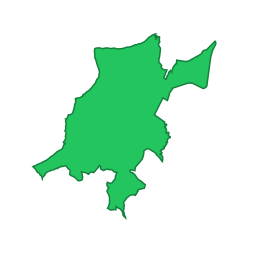 outline of Puerto Colombia, Atlántico, Colombia, rotated 351°
{"feature_id": "7082276B53697702098906", "entity_name": "Puerto Colombia", "entity_type": "district", "adm_level": 2, "iso_a3": "COL", "parent_name": "Colombia", "parent_adm1": "Atlántico", "projection": "equal_earth", "projection_center": [-74.901, 10.997], "detail": "fine", "context": "isolated", "style": "filled", "palette": "green", "viewbox_px": 256, "rotation_deg": 351, "n_neighbors": 0, "source": "geoboundaries", "source_scale": "gbopen_adm2", "svg_char_len": 5774}
<svg xmlns="http://www.w3.org/2000/svg" viewBox="0 0 256 256"><g transform="rotate(351 128 128)"><path d="M168.5,39.6L166.4,40.2L163.3,41.5L158.6,44.9L156.7,45.8L153.6,46.6L152.1,46.7L151.0,46.6L149.4,47.2L147.7,47.0L143.0,48.3L140.1,48.0L138.2,48.1L137.2,48.4L135.4,48.6L131.7,48.5L129.9,48.2L126.9,46.9L123.7,46.9L119.3,45.5L114.9,45.6L114.0,45.1L113.2,44.9L112.7,44.4L109.1,44.1L107.8,44.4L107.0,45.8L107.0,46.9L106.8,47.5L106.6,50.7L106.3,53.7L106.4,54.4L106.8,55.1L107.4,60.3L108.3,64.6L108.6,67.7L108.5,69.1L107.8,70.3L107.4,72.2L107.1,73.2L106.8,73.6L105.4,74.7L104.6,75.5L103.9,76.6L102.8,78.6L100.1,80.8L98.7,82.3L95.0,85.0L93.0,85.8L91.1,87.1L88.6,88.2L88.5,88.8L88.7,89.1L86.3,90.2L83.8,90.7L82.8,90.4L81.9,90.4L80.6,90.9L80.5,91.3L80.8,91.6L80.5,92.5L80.8,92.8L80.8,93.4L79.8,95.3L79.2,96.1L78.8,97.1L78.6,98.3L75.8,104.4L75.0,105.1L72.8,106.0L71.3,105.6L70.9,106.0L70.5,107.2L69.3,108.7L68.2,109.9L67.7,109.6L67.8,110.1L67.4,111.8L67.6,112.6L67.4,113.2L67.6,113.9L67.6,114.5L66.8,116.4L66.6,116.6L66.6,118.2L66.3,119.3L65.3,120.8L65.4,121.6L66.0,122.2L66.2,122.6L66.1,123.4L65.8,124.5L65.1,125.7L64.8,126.9L65.0,127.1L65.0,127.5L64.7,128.7L63.3,130.8L62.1,131.7L61.9,132.0L62.3,132.9L63.5,133.3L63.5,133.7L62.1,134.5L60.0,137.9L59.5,138.5L54.3,140.3L49.6,143.4L47.0,144.4L46.1,145.1L42.7,147.0L39.5,147.9L36.3,149.1L33.0,149.8L31.3,150.5L28.0,151.2L30.3,154.3L31.3,157.1L32.0,158.0L33.0,158.3L33.4,159.0L33.6,160.1L34.0,160.9L34.6,161.3L35.3,162.6L35.4,163.0L35.3,164.2L35.4,164.7L35.6,164.2L35.7,163.5L38.2,161.8L39.7,159.7L41.7,158.7L43.7,158.1L44.8,158.2L46.0,157.6L48.3,157.6L50.1,156.8L50.8,156.9L51.7,156.4L51.9,156.9L55.0,155.8L55.6,155.5L56.5,155.8L60.7,155.5L62.9,159.4L63.6,159.6L64.0,160.3L64.1,161.0L64.0,162.0L63.1,164.8L63.9,165.8L66.6,167.6L68.5,169.2L69.4,170.8L70.8,172.4L73.4,172.4L74.3,172.1L74.8,171.5L75.4,169.8L75.5,169.2L75.4,166.1L75.1,164.0L79.6,165.7L80.5,166.4L81.5,167.5L82.0,167.5L83.2,166.2L84.2,165.7L85.3,165.8L86.7,166.6L87.2,166.6L89.1,165.1L91.6,162.9L92.7,162.2L93.7,160.6L95.1,161.6L94.6,163.0L94.7,164.1L95.3,164.9L96.5,165.7L97.4,166.2L99.1,165.5L101.5,165.5L102.3,165.7L102.7,166.2L103.0,166.3L104.1,166.3L105.1,166.6L106.0,167.2L107.2,168.9L108.4,169.6L110.1,170.2L108.2,173.4L107.6,175.4L107.2,176.3L106.6,177.0L105.5,177.7L104.1,179.5L103.2,179.8L101.6,179.8L99.1,178.4L98.6,179.3L98.3,180.4L98.4,181.9L98.7,182.9L99.6,183.8L97.7,186.4L97.4,187.0L97.4,187.6L98.7,191.4L98.8,193.2L98.6,195.7L98.0,198.8L97.6,200.3L96.5,202.6L95.2,204.0L96.3,204.8L97.3,205.9L98.2,206.3L99.4,206.5L101.2,206.3L103.2,206.9L104.1,203.6L105.1,205.0L106.1,205.5L106.5,206.1L107.2,206.3L107.7,206.7L108.3,207.9L108.9,208.5L109.6,211.4L109.4,213.0L109.5,213.5L111.5,216.4L111.5,215.5L111.0,214.2L110.7,210.7L110.6,210.4L110.5,209.6L110.7,208.7L111.1,207.8L111.8,204.8L112.2,203.9L112.0,201.3L112.4,200.4L112.7,199.9L113.5,199.2L113.9,198.8L114.3,198.7L114.7,198.0L115.5,197.4L116.1,196.7L119.8,194.7L122.9,194.7L123.4,194.9L123.9,195.5L124.5,195.7L125.0,195.0L125.7,194.8L125.9,194.0L126.9,193.4L127.2,192.3L127.9,192.2L128.1,191.7L128.1,191.0L128.3,190.5L134.7,190.0L136.2,186.7L132.1,182.1L129.8,180.1L128.9,178.4L127.7,175.6L126.2,173.5L125.3,172.8L124.4,172.6L123.1,171.5L123.8,169.7L128.2,171.2L128.2,170.7L129.3,167.7L137.0,161.2L138.3,158.8L139.3,156.6L140.2,153.0L142.8,151.7L145.1,151.6L151.3,157.0L151.7,158.6L154.2,161.8L156.4,166.2L156.6,166.4L156.6,166.1L157.1,165.6L157.3,164.8L157.7,162.1L157.6,161.2L156.9,160.4L156.6,159.6L155.6,159.0L155.5,158.7L156.2,158.4L157.0,158.7L157.2,158.4L157.4,158.5L157.7,158.0L157.4,157.3L156.8,156.6L156.8,156.0L156.4,155.7L157.0,155.1L157.5,155.2L157.7,154.6L157.9,154.5L158.1,154.6L158.2,154.3L158.6,154.4L158.8,154.6L159.5,154.0L159.7,153.9L160.0,154.2L160.7,153.7L160.9,153.0L160.7,152.9L160.6,152.1L161.3,152.0L162.2,151.7L162.4,151.4L162.4,150.9L163.0,150.3L163.4,150.3L163.5,150.1L163.4,149.7L163.6,149.6L163.6,149.1L163.8,149.1L163.7,148.5L164.0,148.6L164.1,148.4L164.8,148.2L164.9,147.7L164.6,147.1L164.6,146.7L165.3,145.6L165.5,145.0L166.4,144.4L167.9,144.2L168.2,143.9L168.3,143.2L168.2,143.0L167.2,142.5L166.7,141.6L166.9,140.9L167.6,139.6L167.6,139.1L167.2,138.5L166.8,138.4L165.3,139.3L165.0,139.0L164.9,138.5L165.2,137.4L165.6,136.6L165.7,135.4L165.6,134.8L165.2,134.1L165.2,133.8L164.7,133.8L164.5,133.6L164.3,132.9L164.6,132.3L165.0,132.4L166.1,131.6L166.4,131.2L166.3,130.7L166.6,130.5L166.5,130.4L166.1,130.0L165.5,130.4L164.9,130.1L164.6,129.4L164.6,129.0L164.9,128.3L165.2,127.9L156.2,119.1L167.3,103.6L168.7,105.0L171.1,107.0L171.7,106.2L172.9,103.5L173.5,102.7L174.5,100.1L174.8,99.5L176.6,97.9L177.8,96.5L178.0,96.3L177.9,95.7L193.8,93.1L196.5,93.3L199.2,94.2L208.2,100.6L209.4,100.8L211.7,99.6L212.5,98.6L219.1,76.4L220.5,71.8L221.2,69.9L222.8,66.4L224.1,64.0L227.7,59.0L228.0,58.1L228.0,56.9L227.5,55.9L218.0,62.9L217.3,63.1L214.9,63.2L214.2,63.5L212.4,65.7L211.3,66.6L198.4,71.3L197.2,71.4L194.8,71.2L186.7,68.6L185.9,72.0L185.6,71.8L184.7,72.5L184.4,72.9L183.9,73.1L181.6,75.7L179.9,79.9L178.9,77.8L177.2,79.8L177.1,79.5L176.5,80.4L175.9,81.7L174.6,83.3L174.5,83.2L173.2,85.9L171.2,84.0L175.5,76.8L172.1,75.8L171.6,75.4L170.7,73.9L170.3,73.1L170.7,72.0L171.0,71.6L169.5,68.8L169.2,68.7L168.8,68.4L169.4,64.3L169.7,64.1L170.0,63.5L172.2,56.0L172.4,54.7L172.4,53.9L171.7,52.6L171.1,50.2L171.3,49.6L172.4,48.7L172.7,48.1L172.9,47.3L172.4,47.0L172.6,46.6L172.5,46.3L172.8,45.6L172.6,45.5L173.2,44.1L173.4,43.0L173.0,42.7L172.5,42.9L172.0,42.7L171.8,42.9L171.6,42.8L171.1,41.7L170.6,41.7L170.2,43.2L170.2,43.9L169.7,44.7L169.3,44.2L169.3,43.4L170.2,42.2L170.1,41.7L170.5,41.3L170.0,40.9L169.2,41.8L169.0,41.6L169.0,41.3L169.4,40.7L169.7,40.6L169.7,40.2L170.1,39.6L169.6,39.7L168.6,40.2L168.4,39.8L168.5,39.6Z" fill="#22c55e" stroke="#15803d" stroke-width="1.5"/></g></svg>